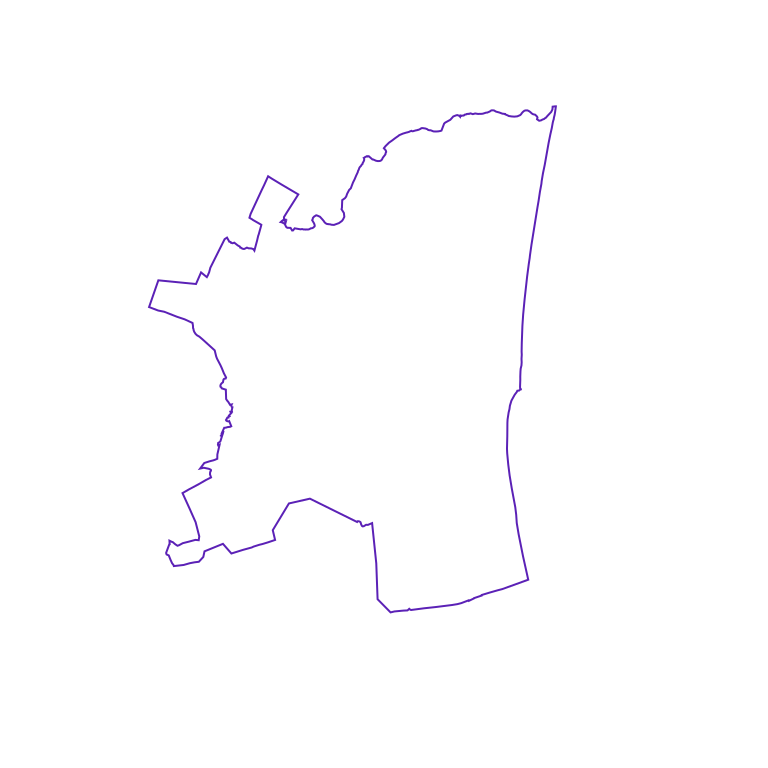 Santiago Pinotepa Nacional, Oaxaca, Mexico, rotated 247°
{"feature_id": "50627088B36163788288008", "entity_name": "Santiago Pinotepa Nacional", "entity_type": "district", "adm_level": 2, "iso_a3": "MEX", "parent_name": "Mexico", "parent_adm1": "Oaxaca", "projection": "natural_earth1", "projection_center": [-98.073, 16.296], "detail": "fine", "context": "isolated", "style": "outline", "palette": "violet", "viewbox_px": 768, "rotation_deg": 247, "n_neighbors": 0, "source": "geoboundaries", "source_scale": "gbopen_adm2", "svg_char_len": 6118}
<svg xmlns="http://www.w3.org/2000/svg" viewBox="0 0 768 768"><g transform="rotate(247 384 384)"><path d="M171.2,300.8L170.6,304.4L170.6,304.6L167.9,313.1L166.4,317.2L167.2,319.4L166.1,319.9L165.4,320.6L161.9,333.2L158.5,344.4L154.0,360.2L152.7,365.5L152.1,369.5L151.8,377.4L151.2,377.4L151.5,383.2L151.7,383.3L151.1,391.3L151.6,391.5L150.7,399.9L149.7,408.0L149.0,412.7L147.5,440.3L171.3,444.7L193.0,449.2L204.2,451.9L212.0,454.6L219.3,456.7L237.9,460.8L250.7,463.9L261.3,466.9L272.0,470.3L276.3,471.9L287.8,477.1L300.0,482.4L303.1,483.9L309.1,487.6L311.9,489.7L314.8,491.4L318.9,494.8L322.9,499.9L323.7,501.2L324.7,503.0L325.7,504.1L325.2,505.6L325.3,505.7L325.7,507.7L325.6,507.9L325.7,508.0L326.8,507.6L328.4,508.2L334.6,511.1L337.5,512.3L342.2,514.5L344.7,515.8L347.4,517.8L350.2,519.2L353.4,520.4L357.0,522.2L360.2,523.4L367.8,526.8L383.4,534.1L393.5,539.2L406.8,546.4L427.1,557.8L438.3,564.4L443.0,567.3L445.5,568.7L454.8,574.3L486.5,594.2L492.1,597.8L500.1,602.7L506.6,607.0L509.3,608.5L515.9,612.7L522.8,617.5L541.7,629.8L548.7,634.6L554.1,638.5L558.7,641.5L560.3,642.7L561.3,643.6L562.8,644.5L564.9,646.1L567.4,647.7L572.4,650.7L572.7,650.1L573.4,647.6L570.9,646.3L569.1,644.2L567.0,639.4L565.8,636.9L565.8,636.2L565.4,635.0L565.5,633.1L565.3,631.6L565.7,629.7L567.9,628.3L569.3,629.4L570.3,629.4L572.8,628.4L572.9,628.2L574.2,626.5L575.4,625.7L576.8,625.1L578.1,624.4L579.7,623.1L580.5,621.3L580.7,620.0L580.2,618.2L579.4,616.5L578.8,615.7L578.3,614.4L578.3,611.3L579.2,608.4L580.6,605.7L581.2,604.8L581.9,603.6L582.8,602.9L585.0,600.8L585.3,600.9L586.6,598.6L588.8,596.3L591.0,593.5L592.9,592.1L593.8,590.2L593.9,589.6L593.5,587.8L593.5,585.1L593.9,584.0L594.2,580.6L594.6,579.3L595.9,576.0L597.4,573.6L597.7,571.2L599.3,569.4L599.4,568.7L599.3,568.4L599.6,567.8L599.5,567.5L599.9,566.7L600.2,565.7L600.0,565.4L600.4,563.7L600.3,563.4L600.1,563.1L600.0,562.6L600.2,562.2L600.1,561.7L600.7,560.5L600.5,560.0L600.9,559.3L601.1,559.2L600.2,558.5L601.4,558.1L602.8,556.7L603.1,555.6L603.2,552.3L601.3,548.3L600.7,542.4L600.2,541.1L594.8,535.9L594.9,534.6L595.4,532.5L596.2,530.3L597.2,528.2L599.3,526.1L599.7,525.2L600.5,524.0L601.6,523.4L602.9,522.1L604.5,519.5L604.9,518.3L604.6,517.5L604.5,515.0L604.8,514.0L604.7,513.5L605.0,512.5L605.4,509.2L606.2,508.0L606.3,508.0L606.4,506.8L606.3,505.8L606.5,503.8L606.7,502.9L607.1,499.2L607.1,495.2L606.8,494.4L606.1,491.1L605.9,490.2L605.0,486.7L604.2,482.9L602.4,478.4L601.1,476.0L598.3,476.9L596.8,476.7L595.8,475.6L594.8,475.0L592.8,471.4L591.4,469.8L590.9,468.5L590.9,467.3L591.6,465.4L592.7,463.8L594.9,461.8L595.2,461.1L599.6,459.0L600.2,457.6L599.9,457.5L600.3,456.6L600.3,455.6L600.0,453.9L599.8,454.0L598.0,453.3L596.9,452.3L595.7,450.7L595.0,450.3L594.6,449.2L593.6,447.8L593.3,446.9L592.7,445.9L591.0,444.3L590.1,443.2L589.2,442.6L586.9,440.0L583.8,436.8L581.6,434.2L577.1,429.9L576.3,427.8L573.5,424.4L571.3,422.4L570.3,420.7L569.6,417.4L562.6,414.1L561.5,413.2L557.1,413.9L553.4,412.8L551.4,410.5L550.5,408.9L549.7,405.4L550.0,400.1L551.0,398.1L551.6,397.3L552.0,396.9L552.8,395.3L553.2,394.9L553.4,394.2L554.7,393.1L556.3,392.4L557.3,392.3L558.5,391.9L559.0,391.8L563.0,390.4L565.0,388.5L565.8,387.5L565.4,385.0L564.6,383.4L563.4,382.6L562.9,381.9L559.0,382.4L557.1,382.2L556.2,381.7L555.6,380.0L555.5,379.1L555.6,378.3L555.9,377.3L555.7,376.1L555.7,375.4L555.9,374.4L556.6,372.9L556.7,372.3L557.1,371.8L557.7,370.3L558.6,369.2L559.0,367.6L562.2,362.6L560.9,360.3L561.2,359.4L564.2,359.0L565.6,356.0L566.9,355.3L569.4,355.2L571.3,356.7L570.7,354.8L572.6,353.3L573.4,352.2L574.0,353.8L574.3,355.2L573.2,356.2L573.8,357.5L574.6,356.3L576.7,357.1L580.3,362.2L592.0,379.2L607.8,367.5L617.1,360.8L620.5,358.5L613.7,351.1L610.3,347.2L592.7,327.7L589.6,325.1L587.0,327.0L586.4,327.3L578.5,333.3L577.9,332.9L570.5,327.0L569.7,326.2L565.6,323.2L557.4,316.8L559.3,316.4L560.8,314.6L561.7,312.5L563.1,311.1L562.9,308.3L563.3,307.3L564.1,306.3L565.1,305.9L565.6,305.0L566.8,305.0L568.6,303.6L572.6,301.4L572.7,299.7L573.8,298.3L574.7,298.3L575.4,297.2L580.1,296.7L579.6,293.9L558.9,269.6L554.8,266.4L554.3,265.7L553.2,264.7L551.6,262.7L558.2,259.2L549.5,250.0L567.6,216.8L546.6,197.8L539.9,204.8L536.4,209.9L526.8,219.7L521.4,225.8L515.0,231.6L512.2,230.9L510.1,230.1L509.0,230.1L508.0,229.8L506.3,229.7L503.8,230.1L501.9,230.9L499.8,232.5L496.0,234.4L481.1,241.3L475.0,240.3L472.6,240.2L465.2,240.8L461.7,240.9L456.4,240.8L451.7,241.2L450.9,240.4L451.2,239.3L451.2,238.8L450.8,238.0L448.5,236.4L448.1,234.9L447.4,233.6L446.5,232.8L445.4,232.4L444.3,233.0L443.4,232.9L440.6,236.2L431.8,232.8L429.7,233.2L428.7,233.6L424.9,234.2L424.9,235.2L424.5,235.4L424.5,235.6L424.1,235.2L422.8,234.8L421.8,235.1L421.7,235.3L419.2,233.5L418.1,233.3L418.5,231.8L417.1,231.8L416.9,232.0L415.6,229.1L414.7,229.2L414.8,228.1L413.9,227.7L414.2,226.6L413.5,225.6L413.0,225.3L412.6,224.5L412.0,224.5L411.1,225.1L410.1,226.6L410.2,227.0L404.8,226.9L404.7,225.7L405.5,222.9L405.5,222.1L405.9,220.3L406.1,219.8L402.6,216.0L402.4,217.1L401.2,216.2L401.1,215.2L400.1,213.7L399.3,214.2L399.3,214.5L395.4,211.2L395.0,210.7L394.6,209.2L394.6,208.4L393.0,207.4L392.2,207.4L392.3,208.9L384.3,203.1L380.3,201.3L380.3,198.8L380.4,197.1L381.0,193.2L381.5,187.7L378.0,181.7L377.3,185.4L374.4,189.6L373.0,190.9L372.6,191.1L372.1,191.0L371.8,190.8L370.8,189.5L368.8,188.5L365.6,188.3L365.2,182.5L364.2,174.4L363.2,163.3L362.3,155.9L343.6,156.4L341.9,156.4L330.4,156.6L315.9,154.4L312.6,152.4L314.2,149.5L315.0,143.8L315.1,143.0L316.1,136.6L315.7,132.3L315.8,130.7L317.9,129.3L321.1,127.7L321.5,127.1L323.6,125.3L320.3,124.1L320.4,123.8L314.9,118.6L313.7,117.5L312.9,117.3L312.0,117.3L310.3,118.9L305.6,118.8L301.8,118.9L299.7,119.5L298.5,119.4L295.7,128.9L294.9,135.3L293.9,139.9L292.7,144.1L295.4,150.1L300.1,153.4L299.8,173.3L287.6,177.3L286.4,189.5L285.2,198.4L285.3,200.4L284.7,206.5L284.2,209.5L283.6,215.1L283.0,222.8L292.9,224.5L311.2,249.8L307.4,271.0L267.5,305.3L268.0,306.0L267.4,307.3L266.6,308.0L265.9,308.4L263.6,308.1L261.9,308.3L261.3,308.7L261.0,309.8L261.4,312.5L260.6,314.2L260.6,318.7L221.9,306.8L188.4,294.0L171.2,300.8Z" fill="none" stroke="#5b21b6" stroke-width="2"/></g></svg>